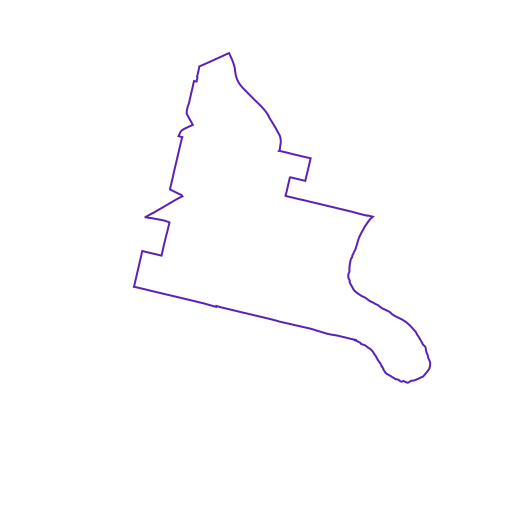 Victoria Park, Western Australia, Australia (Albers equal-area conic projection), rotated 148°
{"feature_id": "25037944B59054376052464", "entity_name": "Victoria Park", "entity_type": "district", "adm_level": 2, "iso_a3": "AUS", "parent_name": "Australia", "parent_adm1": "Western Australia", "projection": "albers", "projection_center": [115.893, -31.976], "detail": "fine", "context": "isolated", "style": "outline", "palette": "violet", "viewbox_px": 512, "rotation_deg": 148, "n_neighbors": 0, "source": "geoboundaries", "source_scale": "gbopen_adm2", "svg_char_len": 5956}
<svg xmlns="http://www.w3.org/2000/svg" viewBox="0 0 512 512"><g transform="rotate(148 256 256)"><path d="M216.7,132.1L216.0,131.3L215.6,130.7L214.5,128.7L214.0,128.1L213.6,127.3L213.5,127.1L213.5,126.0L213.4,125.7L213.3,125.4L213.0,125.0L212.3,124.3L212.2,124.1L212.0,123.9L211.5,123.3L211.0,122.6L210.4,121.5L209.9,120.1L209.8,119.8L209.7,119.2L209.4,118.5L208.6,117.2L208.0,115.4L207.7,113.5L207.6,112.3L207.6,110.9L207.7,109.7L207.6,109.2L207.5,108.6L207.5,107.3L207.6,106.4L207.6,106.1L207.7,104.0L207.8,103.5L207.7,103.3L207.8,103.1L207.7,102.8L207.7,101.7L207.7,101.2L207.6,100.5L207.5,100.3L207.5,99.8L207.5,99.5L207.5,98.8L207.5,98.1L207.5,97.5L207.6,97.0L207.6,96.8L207.9,96.4L208.0,96.0L207.8,95.4L207.8,94.9L207.7,94.2L207.7,93.3L207.8,92.9L208.0,92.5L208.2,92.1L208.2,91.7L208.2,91.3L208.1,91.1L208.0,90.4L208.1,88.9L208.1,88.7L207.7,87.1L207.5,86.7L206.7,85.1L205.9,83.8L205.2,82.4L204.6,81.0L204.5,80.9L204.4,80.7L203.6,79.3L203.3,78.4L203.2,78.1L203.0,77.6L202.7,77.3L202.5,77.2L202.1,77.0L201.1,75.9L200.7,75.5L200.5,74.8L200.1,73.6L200.0,73.3L199.5,72.6L199.1,72.3L198.7,72.2L197.9,72.0L197.5,72.0L197.4,71.8L197.1,71.7L197.0,71.4L196.8,71.2L196.1,70.2L195.4,69.1L194.8,68.4L194.4,68.1L193.9,68.0L193.5,67.9L193.1,67.9L192.3,68.0L191.8,68.0L191.2,68.0L190.4,67.9L189.3,67.3L188.7,67.0L188.5,66.9L187.4,66.6L185.8,66.3L185.6,66.2L184.4,66.1L182.9,65.8L182.3,65.7L181.9,65.7L181.0,65.6L180.7,65.6L180.1,65.6L179.0,65.3L178.5,65.2L178.3,65.3L178.0,65.3L176.7,65.7L176.2,65.8L175.0,66.2L174.3,66.5L172.5,67.0L171.1,67.6L170.9,67.8L170.6,67.8L169.1,68.4L168.9,68.5L167.9,69.3L167.7,69.6L166.8,70.5L166.3,71.1L165.9,71.7L165.4,72.2L165.3,72.4L164.9,73.1L164.4,75.1L164.3,75.5L164.2,75.7L164.0,78.1L163.4,79.8L162.8,81.5L162.8,82.6L162.8,82.9L162.6,83.4L162.5,83.7L162.4,84.3L161.7,86.3L161.5,86.7L161.1,87.4L160.6,89.0L160.5,89.3L160.5,89.6L160.6,90.1L161.2,91.7L161.3,92.4L161.4,92.6L161.1,93.8L161.1,94.8L161.1,95.5L161.1,96.0L161.1,96.4L161.0,97.6L161.0,97.8L161.0,99.3L160.9,100.1L160.8,100.8L161.0,103.4L161.0,104.1L161.0,104.8L160.9,105.1L160.8,106.4L160.8,107.0L161.0,108.5L161.2,109.4L161.3,109.9L161.3,110.3L161.6,111.9L161.7,112.8L162.6,116.6L163.4,119.4L163.4,119.6L163.8,120.8L164.1,121.4L164.5,121.9L164.8,122.6L165.4,123.9L165.7,124.6L166.4,125.6L166.6,126.0L167.5,127.5L169.5,130.6L169.7,131.2L170.5,132.4L171.0,133.6L171.1,133.8L171.5,134.7L171.8,136.0L171.9,136.8L172.2,137.4L172.4,137.9L173.4,139.5L174.0,140.6L174.9,141.9L175.1,142.3L175.3,142.7L175.5,143.1L175.7,143.3L176.3,144.0L176.7,144.8L176.9,145.3L177.2,145.9L177.3,146.2L177.5,146.6L178.1,148.1L178.1,148.3L178.8,150.0L179.7,151.3L181.5,154.6L182.0,155.4L182.8,156.6L183.0,157.0L183.8,158.4L184.3,160.0L184.8,161.2L185.1,161.8L185.1,162.0L186.1,163.9L186.2,164.0L187.4,165.7L188.0,166.9L188.4,167.8L189.2,169.4L189.2,169.6L189.4,170.0L189.7,170.8L189.8,171.0L190.4,172.8L190.5,173.0L190.8,173.9L190.8,174.3L191.0,175.5L191.0,176.7L191.0,177.3L190.8,178.8L190.8,179.1L190.8,179.4L190.7,182.3L190.5,183.5L190.5,183.9L190.3,184.6L190.2,184.8L189.6,185.3L189.5,185.5L189.4,186.4L189.4,187.8L189.3,188.0L189.1,188.6L189.0,188.9L188.8,189.2L188.5,190.0L188.2,190.3L187.8,190.8L187.6,191.3L186.8,192.1L186.1,192.5L185.2,193.1L184.6,193.8L184.5,194.0L184.3,194.6L184.0,194.9L183.6,195.7L182.3,197.4L181.2,198.8L180.6,199.4L180.5,199.6L180.2,200.0L179.5,200.6L178.5,201.8L178.2,202.2L177.2,203.0L176.5,203.5L175.3,203.9L175.1,204.0L174.8,204.6L174.5,204.9L174.1,205.2L174.0,205.4L173.8,205.5L173.7,205.6L173.2,205.8L172.4,206.2L172.3,206.3L172.2,206.5L170.3,207.7L169.2,208.3L167.9,209.2L167.4,209.6L167.0,209.9L166.2,210.7L165.1,211.6L164.0,212.5L162.9,213.6L162.0,214.4L160.5,215.7L158.3,217.4L153.9,220.1L150.7,221.8L148.5,223.1L146.3,224.1L145.7,224.3L144.9,224.7L144.3,224.9L143.8,225.2L140.2,226.6L139.2,226.8L138.7,227.0L138.2,227.1L137.9,227.1L136.1,227.4L139.7,231.1L140.0,231.0L142.8,233.7L149.4,240.7L151.3,242.9L152.5,244.0L187.7,279.8L188.0,280.1L188.4,280.4L198.8,291.0L199.1,291.4L195.6,294.7L186.0,304.3L185.6,304.6L185.1,304.5L174.4,293.6L161.7,306.1L157.9,309.9L168.8,320.8L174.8,327.1L179.1,331.4L179.9,332.2L180.7,332.9L180.3,333.0L179.5,333.7L178.7,334.5L178.4,334.8L178.3,335.2L177.4,336.1L174.9,339.1L173.7,341.0L172.8,343.0L172.1,345.2L171.5,354.1L171.4,360.8L171.4,367.3L171.0,368.2L171.1,369.2L171.1,369.7L171.1,371.7L171.2,373.4L171.6,376.5L172.2,379.8L173.9,387.1L174.4,388.7L175.5,393.7L177.3,401.7L178.1,405.2L178.4,406.9L178.7,410.0L178.8,411.4L178.7,413.5L178.4,416.2L178.0,417.8L177.0,420.9L175.8,423.7L175.0,425.4L174.2,427.2L173.6,429.3L173.0,431.4L172.3,434.9L171.3,442.4L190.2,444.9L199.7,446.2L203.6,446.8L205.1,445.1L210.8,439.4L211.0,439.3L211.1,438.4L213.9,435.5L214.6,436.0L215.9,437.2L222.1,430.9L224.5,428.6L231.7,421.3L232.3,420.8L234.5,419.0L235.1,418.5L237.7,415.9L239.2,413.7L239.3,413.4L239.4,412.9L239.5,412.5L239.5,411.3L239.7,409.0L240.0,402.5L240.1,400.7L245.4,401.4L249.0,401.8L250.9,401.9L252.2,401.8L253.3,401.6L254.3,401.2L258.2,398.7L255.5,395.8L256.2,395.3L257.4,394.2L262.8,388.9L265.3,386.4L272.3,379.4L279.9,371.9L285.0,366.7L293.7,358.1L289.3,350.9L287.9,348.6L287.4,348.2L287.2,347.9L287.0,347.3L286.8,346.7L286.8,346.1L286.8,345.6L287.3,345.7L290.5,346.0L296.0,346.3L317.0,346.9L320.5,346.9L320.8,347.2L330.0,347.6L328.1,346.9L327.7,346.0L324.4,343.4L317.6,337.1L316.1,335.7L314.7,334.3L312.8,332.0L312.0,331.0L311.6,330.3L319.3,322.7L320.1,322.1L327.7,314.7L335.9,306.4L347.0,317.6L349.8,320.5L358.1,312.2L375.0,295.3L375.9,294.6L374.2,293.0L367.9,286.7L365.5,284.2L361.9,280.5L354.6,273.1L342.2,260.6L336.3,254.6L331.1,249.3L326.1,244.2L325.2,243.3L322.0,239.7L316.7,233.9L316.1,234.6L313.1,231.3L297.8,215.7L280.6,198.3L276.2,193.8L275.7,193.3L272.9,190.3L271.9,189.1L271.2,188.3L269.5,186.6L264.9,182.0L262.4,179.6L260.9,178.0L248.1,165.3L237.6,153.2L236.8,152.3L233.7,149.3L232.4,148.2L230.6,146.7L228.7,144.9L217.3,133.3L216.2,132.3L216.7,132.1Z" fill="none" stroke="#5b21b6" stroke-width="2"/></g></svg>